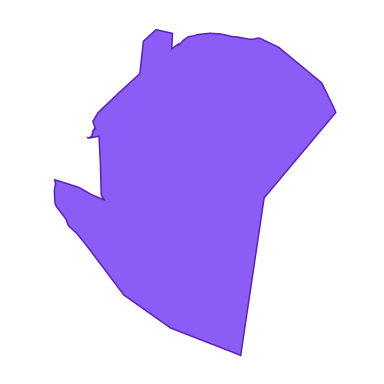 the district of Huitzilac, Morelos, Mexico, rotated 94°
{"feature_id": "50627088B84118509654372", "entity_name": "Huitzilac", "entity_type": "district", "adm_level": 2, "iso_a3": "MEX", "parent_name": "Mexico", "parent_adm1": "Morelos", "projection": "albers", "projection_center": [-99.258, 19.057], "detail": "fine", "context": "isolated", "style": "filled", "palette": "violet", "viewbox_px": 384, "rotation_deg": 94, "n_neighbors": 0, "source": "geoboundaries", "source_scale": "gbopen_adm2", "svg_char_len": 1576}
<svg xmlns="http://www.w3.org/2000/svg" viewBox="0 0 384 384"><g transform="rotate(94 192 192)"><path d="M73.8,70.7L41.6,115.6L33.7,135.5L34.2,138.3L35.4,141.9L35.6,145.7L34.7,152.9L34.2,157.1L34.2,162.8L33.2,168.0L32.3,175.4L32.4,184.4L32.3,184.8L34.7,198.1L34.8,198.4L36.1,200.5L36.4,202.5L37.3,206.4L37.4,206.6L41.5,211.5L42.0,211.6L43.2,212.7L44.1,213.4L45.6,214.6L46.4,216.1L45.4,216.1L50.6,222.2L35.1,222.5L34.3,227.7L32.6,239.2L45.0,251.0L77.6,252.3L95.9,269.7L119.3,291.2L127.4,295.2L128.3,295.9L135.2,292.9L135.1,293.1L135.1,293.6L135.4,293.6L135.6,293.8L135.8,293.9L136.2,293.5L136.4,293.5L136.5,293.6L136.8,293.8L137.0,294.1L137.1,294.4L137.2,294.5L137.3,294.7L137.6,295.1L138.4,295.2L139.9,294.8L140.5,295.0L140.9,295.2L140.9,295.6L143.2,295.6L143.5,296.7L144.0,296.8L144.6,296.8L144.6,297.7L144.7,297.9L145.1,298.5L145.2,298.8L145.3,298.8L145.4,299.0L145.4,299.3L145.3,299.5L145.5,299.4L145.5,299.1L145.5,298.9L142.9,288.7L155.1,287.2L156.9,287.0L166.5,285.8L170.8,285.3L173.9,285.0L176.3,284.8L178.7,284.5L183.1,284.1L201.4,282.3L205.8,279.1L203.4,287.0L201.4,292.5L195.4,304.9L190.0,326.7L189.4,329.9L191.4,329.3L193.7,328.7L196.7,329.1L199.4,329.4L202.4,329.2L205.5,328.8L209.4,328.4L213.5,327.7L216.6,325.8L219.1,323.5L225.7,317.7L226.5,317.0L227.9,315.9L228.3,315.7L233.2,313.4L234.8,312.4L237.7,308.6L240.9,304.6L251.0,295.0L299.6,252.7L329.3,203.7L351.3,132.9L351.7,132.0L349.8,131.9L277.2,126.2L202.7,120.4L192.8,119.6L140.9,81.9L102.6,54.1L96.3,57.4L91.2,60.4L90.3,60.9L74.1,70.2L73.8,70.7Z" fill="#8b5cf6" stroke="#5b21b6" stroke-width="1.5"/></g></svg>